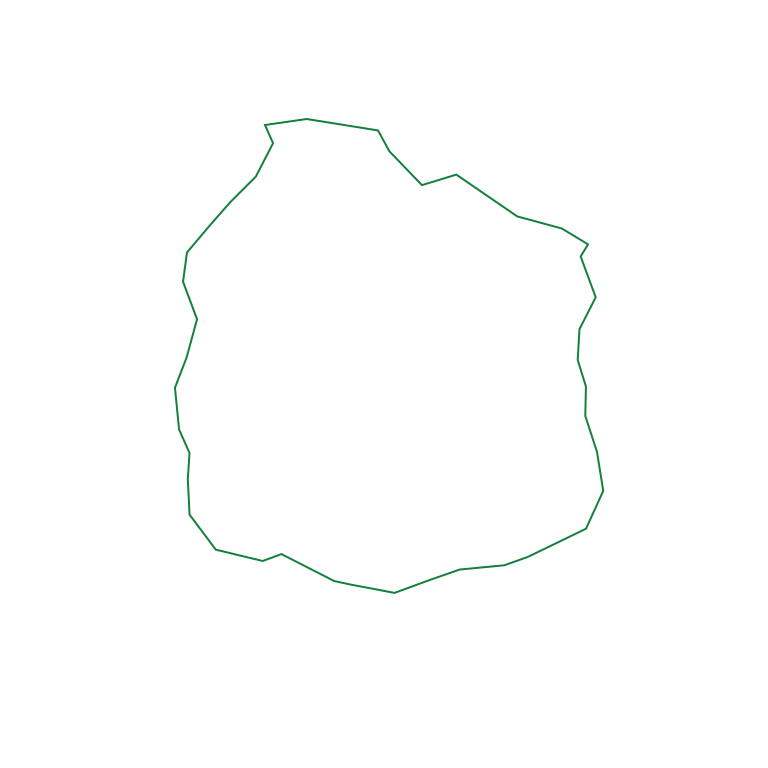 outline of Strömstad, Västra Götaland, Sweden, rotated 216°
{"feature_id": "70781695B73142432831902", "entity_name": "Strömstad", "entity_type": "district", "adm_level": 2, "iso_a3": "SWE", "parent_name": "Sweden", "parent_adm1": "Västra Götaland", "projection": "natural_earth1", "projection_center": [11.302, 58.97], "detail": "fine", "context": "isolated", "style": "outline", "palette": "green", "viewbox_px": 768, "rotation_deg": 216, "n_neighbors": 0, "source": "geoboundaries", "source_scale": "gbopen_adm2", "svg_char_len": 670}
<svg xmlns="http://www.w3.org/2000/svg" viewBox="0 0 768 768"><g transform="rotate(216 384 384)"><path d="M632.5,523.6L615.3,513.6L609.6,476.5L615.2,441.2L618.0,411.6L620.7,374.6L606.7,348.6L573.3,326.5L559.3,289.5L550.9,258.1L523.0,226.7L500.7,213.8L486.8,191.7L464.5,164.0L422.7,151.1L378.1,169.5L367.0,186.1L308.5,195.3L291.8,202.7L252.7,221.2L230.4,254.4L213.7,278.4L180.2,308.0L166.2,328.3L135.5,385.7L143.8,426.4L171.7,454.2L202.4,476.5L219.1,500.6L241.4,517.3L258.1,543.3L263.7,578.6L299.9,602.8L301.0,616.9L331.6,614.3L374.7,597.9L448.6,595.9L470.2,567.2L516.3,575.4L537.9,585.6L602.5,552.8L632.5,523.6Z" fill="none" stroke="#15803d" stroke-width="2"/></g></svg>